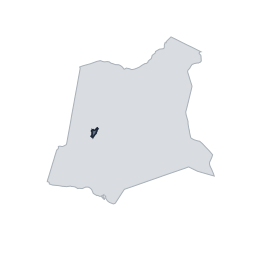 Mwala, Eastern, Kenya (highlighted), rotated 71°
{"feature_id": "3690345B72054376783235", "entity_name": "Mwala", "entity_type": "district", "adm_level": 2, "iso_a3": "KEN", "parent_name": "Kenya", "parent_adm1": "Eastern", "projection": "mercator", "projection_center": [37.528, -1.401], "detail": "fine", "context": "in_parent", "style": "filled", "palette": "slate", "viewbox_px": 256, "rotation_deg": 71, "n_neighbors": 0, "source": "geoboundaries", "source_scale": "gbopen_adm2", "svg_char_len": 4654}
<svg xmlns="http://www.w3.org/2000/svg" viewBox="0 0 256 256"><g transform="rotate(71 128 128)"><path d="M54.6,153.8L54.5,150.7L55.0,142.7L54.9,135.7L55.3,132.2L57.1,130.0L57.9,128.4L58.4,126.1L59.3,124.3L61.4,122.8L61.8,121.9L63.9,119.4L65.2,116.2L66.2,115.1L67.5,114.1L68.3,113.6L69.8,113.0L70.9,112.7L71.1,112.5L71.2,112.0L70.8,110.0L71.3,109.3L72.0,108.0L72.9,106.7L73.7,106.0L74.1,105.1L74.3,103.7L74.4,102.7L74.4,101.1L74.1,97.4L73.2,94.3L72.6,90.9L73.0,89.7L72.3,87.7L72.0,87.6L71.4,87.2L70.6,85.3L70.0,83.5L69.7,83.1L67.2,81.5L66.0,77.9L64.6,77.1L63.9,73.6L63.7,72.6L64.5,69.0L64.4,68.2L63.6,67.4L61.3,66.6L59.4,65.2L59.7,64.7L59.8,64.1L58.8,63.8L55.9,57.7L59.6,54.0L63.4,50.3L68.2,45.6L72.5,41.2L76.3,37.5L79.7,34.2L79.6,34.8L79.7,35.6L80.1,36.2L80.8,36.5L81.7,36.1L82.6,35.6L83.4,35.5L88.5,36.9L89.3,38.1L89.3,39.4L89.5,40.4L89.1,41.3L88.7,44.2L88.8,46.8L90.3,48.8L91.7,50.3L92.8,52.4L93.6,53.1L94.7,53.4L98.2,53.5L103.4,53.7L108.3,53.8L108.8,53.8L109.8,54.1L114.4,57.0L118.6,59.7L122.2,62.0L125.6,64.2L129.0,66.4L131.6,68.2L134.1,68.7L138.3,69.0L141.2,69.1L143.8,69.9L147.8,70.6L150.8,70.9L152.5,71.3L157.5,71.8L158.3,71.5L160.5,69.5L162.9,66.3L163.9,64.5L167.1,62.7L172.6,60.2L176.5,58.4L180.9,56.7L182.9,58.2L185.6,60.7L186.8,61.9L187.8,62.4L189.3,62.8L191.1,62.8L192.0,62.7L194.1,62.4L198.8,62.1L201.5,62.1L199.2,65.4L196.5,69.3L191.5,76.4L187.7,80.2L184.8,83.1L184.5,83.6L184.6,86.7L184.6,94.5L184.6,110.0L184.7,125.5L184.8,141.0L184.8,148.8L184.8,151.4L187.3,154.7L189.8,157.9L193.1,162.1L194.8,164.3L195.1,165.1L195.0,166.6L192.3,169.8L190.1,171.2L187.2,171.9L186.3,171.7L185.1,171.3L184.7,172.0L184.3,173.2L183.7,173.0L183.2,172.6L183.5,174.7L183.8,175.8L183.3,177.2L181.9,178.4L181.8,179.4L178.6,182.1L174.2,182.4L171.9,183.8L170.9,184.9L170.1,187.3L170.4,191.0L169.1,193.8L168.9,195.2L166.6,197.1L165.6,198.8L164.9,200.5L164.2,201.3L163.5,205.1L162.4,207.5L162.1,208.2L161.9,208.9L161.0,210.3L160.5,211.3L160.1,211.9L157.4,217.9L155.3,220.6L153.7,220.3L152.6,221.3L152.5,221.8L151.9,221.6L150.5,220.6L147.7,218.5L144.9,216.5L142.0,214.4L139.2,212.4L136.4,210.4L133.6,208.3L130.7,206.3L127.9,204.2L126.3,203.1L125.5,202.3L124.9,200.9L124.7,200.6L123.9,200.1L123.0,200.0L122.8,199.8L122.8,199.1L123.1,198.1L124.1,196.3L124.2,195.2L124.0,193.9L123.7,191.9L123.4,191.5L121.6,190.4L117.6,188.2L113.7,186.0L109.8,183.8L105.9,181.6L101.9,179.4L98.0,177.3L94.1,175.1L90.2,172.9L86.3,170.7L82.3,168.5L78.4,166.3L74.5,164.1L70.6,161.9L66.6,159.7L62.7,157.5L58.8,155.3L57.3,154.5L56.0,153.8L54.6,153.8ZM185.1,175.1L184.4,175.3L184.8,174.2L186.8,172.9L187.6,173.2L187.8,173.5L187.7,173.8L187.4,174.0L185.1,175.1Z" fill="#d9dde1" stroke="#a8b0b8" stroke-width="1"/><path d="M118.2,161.7L118.2,161.8L118.3,161.8L118.3,162.0L118.2,162.1L118.3,162.1L118.3,162.3L118.3,162.5L118.3,162.8L118.4,163.0L118.5,163.0L118.7,163.3L118.8,163.4L119.1,163.4L119.1,163.5L119.3,163.5L119.5,163.6L119.8,163.5L119.9,163.4L120.0,163.4L120.3,163.3L120.5,163.3L120.8,163.4L120.9,163.5L121.0,163.4L121.1,163.5L121.3,163.7L121.5,163.7L121.8,163.7L121.8,163.8L121.7,163.8L121.9,163.9L122.0,163.9L121.9,164.0L122.0,164.1L122.3,164.2L122.5,164.1L122.6,163.9L122.6,164.0L122.8,164.1L123.0,164.2L123.0,164.3L123.1,164.5L123.3,164.6L123.4,164.8L123.4,165.0L123.5,165.2L123.5,165.3L123.7,165.5L123.8,165.6L124.0,165.4L124.2,165.2L124.3,165.1L124.2,165.0L124.3,164.9L124.2,164.6L124.3,164.6L124.5,164.5L124.6,164.8L124.8,165.0L124.9,164.9L125.0,164.9L125.1,164.7L125.1,164.4L125.3,164.3L125.4,164.2L125.5,164.2L125.4,164.1L125.2,163.9L125.0,163.7L124.9,163.5L124.9,163.4L124.7,163.2L124.4,162.9L124.4,162.7L124.2,162.5L124.2,162.4L124.0,162.2L123.9,162.2L123.7,162.1L123.6,161.8L123.5,161.7L123.5,161.4L123.4,161.3L123.3,161.2L123.2,161.1L123.1,160.9L123.1,160.7L122.9,160.6L122.9,160.4L122.8,160.2L122.7,160.2L122.6,159.9L122.4,159.9L122.3,159.6L122.2,159.6L121.9,159.6L121.8,159.4L121.6,159.4L121.4,159.3L121.3,159.0L121.1,158.7L120.9,158.6L120.8,158.4L120.6,158.4L120.4,158.3L120.4,158.2L120.2,158.0L120.0,157.9L119.9,157.9L119.6,157.6L119.5,157.4L119.4,157.4L119.3,157.2L119.2,157.2L119.1,156.9L119.0,157.0L119.0,156.9L118.9,156.9L118.7,156.9L118.6,156.7L118.4,156.8L118.4,157.0L118.2,157.0L118.0,156.9L117.9,156.9L117.9,157.0L117.9,157.3L118.0,157.4L118.0,157.5L118.2,157.9L118.3,157.9L118.3,158.1L118.4,158.3L118.5,158.3L118.5,158.5L118.7,158.8L118.8,158.7L118.8,158.8L118.9,159.0L119.0,159.3L119.1,159.5L119.3,159.7L119.3,159.8L119.4,160.1L119.3,160.3L119.2,160.3L119.1,160.5L119.1,160.8L119.1,161.0L119.1,161.3L119.0,161.2L118.9,161.1L118.6,161.2L118.6,161.3L118.4,161.3L118.2,161.4L118.2,161.5L118.2,161.7Z" fill="#64748b" stroke="#1e293b" stroke-width="1.5"/></g></svg>